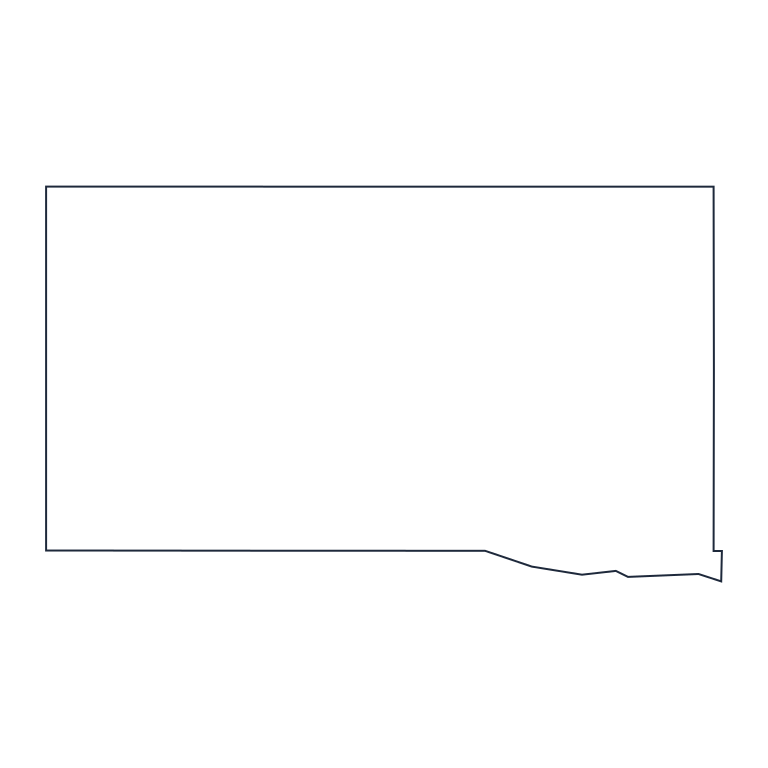 the district of Dawson, Nebraska, United States of America
{"feature_id": "52423323B42382477020436", "entity_name": "Dawson", "entity_type": "district", "adm_level": 2, "iso_a3": "USA", "parent_name": "United States of America", "parent_adm1": "Nebraska", "projection": "natural_earth1", "projection_center": [-99.68, 40.859], "detail": "fine", "context": "isolated", "style": "outline", "palette": "slate", "viewbox_px": 768, "rotation_deg": 0, "n_neighbors": 0, "source": "geoboundaries", "source_scale": "gbopen_adm2", "svg_char_len": 304}
<svg xmlns="http://www.w3.org/2000/svg" viewBox="0 0 768 768"><path d="M46.1,550.5L248.5,550.7L485.0,550.8L531.8,566.6L582.0,574.7L615.8,570.9L628.0,576.9L698.5,574.0L721.2,581.4L721.9,551.0L713.6,551.0L713.9,369.4L713.6,186.7L46.1,186.6L46.1,550.5Z" fill="none" stroke="#1e293b" stroke-width="2"/></svg>